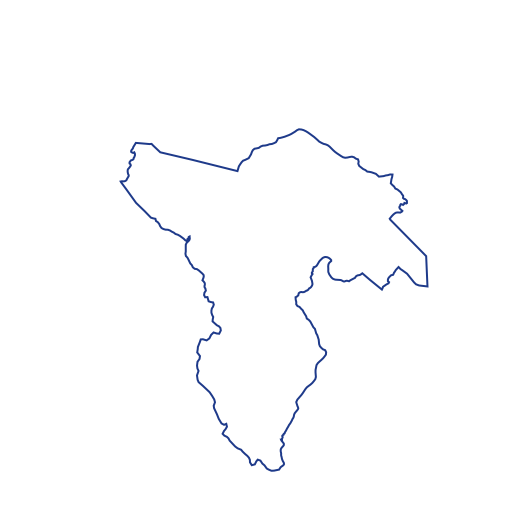 Manacapuru, Amazonas, Brazil (Mercator projection), rotated 224°
{"feature_id": "56859067B7943145025722", "entity_name": "Manacapuru", "entity_type": "district", "adm_level": 2, "iso_a3": "BRA", "parent_name": "Brazil", "parent_adm1": "Amazonas", "projection": "mercator", "projection_center": [-61.016, -3.277], "detail": "fine", "context": "isolated", "style": "outline", "palette": "blue", "viewbox_px": 512, "rotation_deg": 224, "n_neighbors": 0, "source": "geoboundaries", "source_scale": "gbopen_adm2", "svg_char_len": 6152}
<svg xmlns="http://www.w3.org/2000/svg" viewBox="0 0 512 512"><g transform="rotate(224 256 256)"><path d="M111.5,353.2L133.5,374.1L184.6,375.4L185.7,375.7L186.0,378.9L186.0,381.3L185.8,383.0L185.4,384.4L184.9,385.1L184.2,385.9L182.4,387.4L181.9,389.2L182.0,390.1L185.5,390.0L186.6,390.5L187.1,391.3L187.2,392.5L187.8,393.2L187.8,394.0L186.8,394.6L185.7,394.9L185.6,396.2L186.1,397.3L184.4,398.1L184.2,399.0L185.0,399.7L185.6,400.4L186.7,400.6L188.2,400.5L189.3,399.9L190.6,399.9L191.2,400.8L192.1,401.6L193.9,401.8L195.2,402.2L196.3,402.4L200.4,402.1L202.6,401.3L204.9,401.9L207.2,401.8L209.5,401.9L212.0,405.5L213.0,407.5L214.4,409.4L216.2,407.8L217.2,405.9L218.6,404.1L219.7,402.1L222.7,398.5L226.8,398.4L231.0,396.5L232.9,395.3L234.6,394.0L237.0,393.8L239.3,393.0L244.3,392.5L246.5,393.4L247.7,395.2L249.7,396.4L251.8,395.4L254.1,395.1L256.0,394.1L257.3,392.4L258.6,390.4L260.1,388.6L262.0,387.5L264.1,387.0L269.1,386.1L271.4,385.8L273.9,385.7L279.1,385.8L281.4,385.5L283.4,384.7L285.3,383.6L287.4,382.9L290.0,382.2L292.2,382.2L296.8,382.0L302.0,381.3L304.6,380.9L306.8,380.4L309.2,379.6L311.1,378.6L313.1,377.0L313.9,375.0L314.3,372.5L315.4,368.3L316.2,366.1L318.2,361.8L319.4,359.7L320.5,357.9L321.9,356.1L321.2,354.0L320.7,351.7L321.5,349.5L322.4,347.6L323.9,345.8L324.9,343.7L326.2,341.8L327.8,340.0L328.7,338.0L329.1,335.7L330.3,333.9L331.6,332.1L331.8,329.9L331.2,327.9L330.2,325.7L329.2,321.3L330.6,317.5L331.5,315.6L331.5,313.5L331.1,311.0L330.6,308.6L328.3,304.2L368.5,281.0L396.9,264.1L406.7,264.0L409.0,264.1L410.3,262.6L421.0,253.9L419.9,249.0L419.5,248.3L419.2,247.4L419.2,246.3L418.9,245.1L418.2,244.2L416.8,244.4L415.9,244.9L415.6,246.0L414.4,245.6L413.2,244.6L412.3,242.8L412.1,241.6L411.5,240.8L411.5,239.6L412.4,237.8L412.1,235.6L411.2,234.7L410.1,234.8L409.1,234.3L408.7,233.2L408.4,230.6L408.4,229.6L408.0,228.7L406.8,227.4L406.1,226.9L405.1,226.2L403.7,225.7L403.1,225.0L402.3,221.7L401.9,220.6L402.0,219.5L402.4,218.6L403.0,217.8L404.4,216.6L405.1,215.6L404.1,215.3L395.7,213.9L379.2,210.9L367.2,210.9L358.2,210.6L356.2,211.6L354.2,212.9L352.3,211.7L350.1,212.1L347.8,211.8L345.7,210.9L343.4,210.5L341.3,211.1L339.4,212.1L337.6,213.7L335.6,214.6L333.5,215.0L331.4,215.7L329.2,215.9L327.0,217.0L324.7,217.6L320.2,218.2L317.7,218.2L316.5,218.6L316.5,219.7L317.1,220.7L316.7,221.5L317.6,222.9L317.3,223.9L315.6,222.4L315.1,221.4L314.9,219.8L315.1,217.5L314.4,215.4L312.9,213.8L309.7,210.5L308.3,208.6L306.4,207.3L304.2,207.2L302.1,206.5L298.1,205.0L295.9,204.9L293.6,204.0L291.2,204.2L289.4,205.5L287.1,205.9L282.2,206.1L280.4,205.9L279.4,205.0L278.7,203.9L277.6,201.3L275.9,201.3L274.3,201.0L273.4,200.4L272.7,199.6L272.2,198.6L271.1,197.7L269.9,197.5L268.0,196.2L267.6,193.8L266.2,191.8L263.9,191.0L262.4,192.7L258.6,190.5L256.5,191.5L254.6,192.8L252.6,191.7L251.7,189.7L251.3,187.6L250.1,185.7L248.6,184.2L246.5,183.1L244.4,182.4L243.2,180.5L241.8,178.8L236.1,179.0L233.7,179.7L231.6,179.5L229.6,178.0L228.5,174.5L230.4,173.0L233.4,171.5L233.5,168.1L232.3,164.3L232.9,161.0L236.4,159.2L237.8,157.6L236.7,155.3L234.6,150.2L233.2,148.5L231.3,145.8L226.8,145.1L225.1,142.7L224.6,139.3L222.3,136.2L220.0,134.4L217.5,133.4L215.5,129.1L212.0,126.4L209.7,125.4L204.0,125.7L194.7,125.8L190.4,124.9L186.4,123.8L183.9,122.3L182.4,118.9L180.4,117.4L174.1,115.0L169.7,113.0L164.5,111.6L161.7,112.4L160.8,114.6L158.3,113.0L157.6,110.2L157.5,108.0L156.5,104.9L154.0,104.8L151.3,105.7L149.1,105.7L146.7,104.9L138.7,104.5L135.6,104.9L132.1,106.3L129.8,106.0L126.5,106.0L123.4,106.2L121.0,106.0L118.8,105.1L117.0,103.4L113.7,102.6L112.1,105.3L113.1,108.4L113.3,110.7L110.7,111.9L107.2,111.1L104.5,111.3L100.6,110.6L98.4,111.2L95.8,112.2L94.0,114.0L91.0,118.4L91.5,120.8L91.5,121.8L91.1,123.7L91.0,124.7L91.3,125.8L92.4,126.6L94.5,127.2L96.4,128.1L98.1,129.3L99.1,129.8L100.0,130.6L100.6,131.3L101.4,131.9L102.2,132.4L103.1,133.2L103.9,134.2L104.3,135.5L104.4,136.7L104.4,138.0L104.6,139.2L105.4,140.2L106.2,140.5L109.5,140.9L110.4,141.3L109.7,141.9L110.4,142.5L110.7,143.8L111.2,144.4L112.1,144.7L112.3,145.7L112.0,146.6L112.5,147.3L112.2,148.3L112.7,149.1L113.1,151.1L113.8,153.4L114.4,156.0L114.8,157.2L115.1,159.5L115.6,161.3L115.8,162.2L116.5,164.1L116.7,165.3L117.2,166.6L118.3,168.2L118.6,168.9L118.9,169.7L119.1,171.6L119.2,173.4L119.4,175.0L119.8,175.8L120.8,176.4L122.1,176.9L123.1,177.5L124.3,178.1L125.6,178.9L126.5,181.5L126.8,187.5L127.1,189.8L128.0,194.5L128.2,196.8L127.9,199.0L127.5,201.2L127.3,203.8L127.5,206.4L127.8,208.6L128.9,210.6L132.4,213.7L134.0,215.4L136.7,219.6L137.1,221.9L137.0,224.2L136.8,226.5L136.7,229.1L136.9,231.4L137.2,233.6L138.7,235.5L140.8,236.3L143.0,235.4L145.1,235.3L147.4,235.5L149.4,236.5L152.8,239.4L156.9,241.6L159.0,242.2L163.0,244.5L165.2,244.6L171.5,246.6L173.8,246.7L176.0,246.3L178.1,247.5L182.5,248.6L184.6,249.4L187.0,249.4L189.3,249.6L191.4,248.8L193.5,249.2L195.1,250.9L197.0,252.1L198.9,253.8L198.4,255.1L198.4,256.0L198.2,257.0L198.9,258.0L199.4,259.0L199.2,260.3L198.5,261.5L197.5,262.2L196.5,263.2L195.8,265.2L195.7,266.1L195.2,266.8L195.0,268.1L195.3,269.5L194.9,270.7L194.8,271.7L195.0,272.9L195.2,273.8L195.7,274.8L196.3,275.4L198.5,277.0L201.9,278.6L202.6,280.9L202.8,282.3L203.7,282.3L204.3,282.9L204.5,284.4L205.2,285.1L206.1,286.2L206.1,287.2L206.7,288.0L205.9,289.4L205.6,290.7L205.8,292.2L206.7,295.9L206.8,297.1L206.7,300.7L206.4,301.8L205.6,303.3L205.0,303.8L203.9,304.6L202.6,305.1L201.7,305.3L200.5,305.4L199.1,305.3L198.4,304.6L198.6,302.1L198.1,300.3L196.9,298.7L195.0,296.9L193.6,295.4L192.8,294.7L191.9,294.3L190.5,293.7L187.1,293.0L185.7,293.0L184.7,293.1L183.5,293.6L182.5,294.1L178.7,297.3L177.9,297.8L175.4,298.5L174.6,299.2L174.2,300.2L173.5,301.3L171.5,302.5L171.3,304.0L169.6,309.1L169.9,310.4L169.9,311.4L169.3,312.9L168.5,313.9L167.9,315.0L167.5,317.4L157.3,318.0L142.1,319.3L142.4,320.3L143.2,322.0L143.1,323.0L142.8,324.0L142.7,325.1L142.1,327.2L141.7,328.4L142.1,329.6L143.6,329.5L144.6,330.5L145.2,331.6L145.4,332.5L145.5,333.7L145.4,336.1L144.7,337.1L144.3,337.8L145.2,340.1L145.2,340.9L145.7,343.0L145.8,347.1L142.9,347.0L140.8,347.4L135.0,348.2L123.9,346.8L121.2,346.8L118.2,348.1L111.5,353.2Z" fill="none" stroke="#1e3a8a" stroke-width="2"/></g></svg>